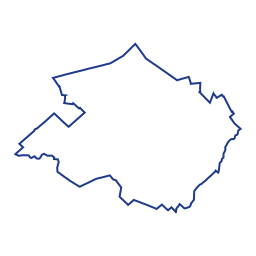 the district of Peciu Nou, Timis, Romania
{"feature_id": "2599482B53366804406039", "entity_name": "Peciu Nou", "entity_type": "district", "adm_level": 2, "iso_a3": "ROU", "parent_name": "Romania", "parent_adm1": "Timis", "projection": "equal_earth", "projection_center": [21.009, 45.622], "detail": "fine", "context": "isolated", "style": "outline", "palette": "blue", "viewbox_px": 256, "rotation_deg": 0, "n_neighbors": 0, "source": "geoboundaries", "source_scale": "gbopen_adm2", "svg_char_len": 4896}
<svg xmlns="http://www.w3.org/2000/svg" viewBox="0 0 256 256"><path d="M218.1,172.6L218.4,172.2L218.7,171.1L218.9,170.0L219.2,167.5L219.5,165.1L219.6,164.0L219.7,163.3L219.9,162.8L220.7,162.1L221.1,161.7L221.5,161.1L221.7,160.5L221.9,159.6L222.0,158.9L222.6,158.3L223.1,157.9L223.5,157.4L223.5,156.5L223.5,155.2L223.5,154.3L223.6,153.5L223.9,152.8L224.4,152.1L224.7,151.5L225.0,150.7L225.3,150.0L225.4,149.3L225.3,148.5L225.3,147.9L225.3,147.1L225.5,146.6L226.0,146.0L226.6,144.9L227.1,143.8L227.8,142.6L228.5,141.6L229.1,140.8L230.2,140.0L230.8,139.5L231.2,139.2L231.6,139.0L232.0,139.0L232.6,139.0L233.2,139.1L233.6,139.1L234.0,138.9L234.4,138.5L234.6,138.2L234.9,137.1L235.1,136.1L235.4,135.5L235.7,135.2L236.1,135.0L236.7,134.9L237.0,134.8L237.3,134.6L237.7,133.7L237.9,132.8L238.0,131.7L238.2,131.0L238.4,130.5L239.4,129.7L240.6,128.9L239.0,127.4L238.2,126.7L235.6,124.5L235.5,124.4L235.3,124.2L234.4,123.3L233.0,121.3L231.2,118.7L229.9,116.9L233.8,113.7L232.4,111.4L231.7,111.8L231.4,111.3L229.0,106.6L223.7,96.3L222.9,96.3L221.8,94.7L218.9,96.5L216.7,97.8L215.6,96.2L213.8,93.9L213.5,93.4L212.2,96.8L209.9,102.7L205.1,97.8L202.5,95.1L199.6,92.2L199.4,92.0L200.3,91.3L200.2,90.8L200.1,90.3L200.1,89.0L200.3,82.9L194.2,83.5L193.3,83.5L190.8,83.8L190.8,83.2L190.4,81.9L190.2,81.2L189.5,79.1L188.8,77.2L188.7,76.9L183.9,78.3L183.0,78.5L177.8,80.0L177.5,80.1L177.1,80.3L173.7,77.8L172.9,77.3L169.5,74.9L165.0,71.7L164.1,71.1L160.4,68.6L160.0,68.2L156.0,65.4L154.9,64.7L152.8,63.3L152.0,62.7L149.4,60.9L148.3,60.2L147.3,59.4L146.9,59.2L146.0,58.5L144.9,57.1L143.4,54.8L141.8,52.7L139.4,49.3L135.3,43.9L130.8,48.3L126.9,52.2L122.9,56.0L121.5,56.8L119.7,57.8L116.8,59.6L114.4,60.9L112.8,61.9L110.8,63.0L109.7,63.5L107.6,64.0L106.7,64.2L104.8,64.7L103.4,65.1L98.5,66.3L93.6,67.5L93.2,67.6L91.9,67.9L89.7,68.4L87.4,69.0L82.5,70.3L75.2,72.1L65.2,74.6L60.6,75.9L57.8,76.6L53.0,77.9L56.7,83.1L59.0,86.5L59.4,86.3L60.6,90.2L61.0,92.0L62.0,95.0L62.7,95.0L65.3,95.4L65.1,95.5L64.9,95.5L65.0,96.4L65.1,97.6L65.1,98.0L65.0,98.9L64.8,100.2L64.5,101.9L64.4,102.6L64.2,103.0L66.0,103.3L68.5,103.7L71.4,104.0L72.3,104.2L72.5,104.2L73.1,103.2L73.6,103.6L75.5,105.3L79.1,108.5L80.0,107.8L81.6,109.5L84.7,112.6L83.6,113.5L79.8,116.9L75.4,120.8L68.6,126.8L62.6,121.4L60.3,119.1L57.7,116.7L55.6,114.7L54.2,113.4L52.8,114.6L45.8,120.9L41.9,124.3L40.9,125.1L37.0,128.4L36.8,128.6L36.7,128.7L36.2,128.8L35.8,128.8L34.6,129.6L34.5,130.0L34.5,130.4L34.5,130.5L34.4,130.7L33.6,131.4L29.4,135.1L28.5,135.8L28.0,136.4L27.2,137.0L22.7,140.9L19.9,143.4L19.4,143.8L20.5,144.8L23.1,147.3L20.7,149.4L17.4,152.3L16.5,153.1L15.4,154.2L16.6,154.8L18.2,155.5L18.8,155.8L19.0,155.8L20.1,155.6L21.7,155.3L22.1,155.3L22.8,155.2L23.5,155.2L24.2,155.2L24.9,155.2L25.6,155.3L26.4,155.3L27.9,155.3L28.3,155.3L28.7,155.4L28.9,155.5L29.4,156.3L29.9,157.2L31.0,157.9L31.4,158.0L33.1,157.0L33.8,156.6L34.6,156.3L34.8,156.7L35.2,157.1L36.0,157.9L36.3,158.2L37.0,158.5L37.7,158.7L39.1,158.7L39.6,158.4L39.9,158.1L40.0,158.0L40.6,157.0L41.2,156.1L41.8,154.8L44.1,153.8L46.0,154.9L47.5,155.8L48.2,155.7L51.3,155.6L51.9,155.6L54.2,157.4L54.0,159.0L57.9,159.4L58.2,160.3L58.7,162.0L57.9,165.1L57.2,167.7L57.2,167.9L57.3,169.5L57.5,171.8L59.6,173.3L60.9,174.3L63.3,176.0L66.2,178.1L68.2,179.5L69.3,180.3L70.3,181.0L71.1,181.5L71.8,181.9L73.5,183.0L75.7,184.3L79.7,186.8L83.5,184.9L88.0,182.8L91.0,181.3L92.5,180.7L94.0,179.8L94.7,179.5L95.5,179.2L96.1,178.9L96.7,178.7L99.4,178.0L100.4,177.8L101.1,177.6L101.5,177.6L103.6,177.0L106.4,176.3L109.6,175.4L109.8,175.4L110.6,176.3L113.1,179.4L115.9,180.3L116.7,181.4L118.3,183.6L120.5,186.5L121.2,187.5L121.0,188.9L120.1,193.9L119.8,195.5L119.6,196.7L120.8,197.9L122.7,199.7L127.9,204.6L128.1,204.9L128.9,204.2L130.4,203.0L130.8,202.5L132.4,201.2L133.7,199.9L140.1,202.3L141.8,203.0L146.4,204.7L149.8,206.1L150.6,206.4L156.0,208.6L156.2,208.8L156.5,209.0L157.5,208.2L161.9,204.6L167.1,209.5L168.0,210.3L171.5,207.3L175.9,212.1L176.0,212.0L175.9,211.7L176.0,211.4L176.2,210.8L176.2,210.6L176.2,210.4L176.3,210.1L176.3,209.8L176.2,209.7L176.2,209.4L176.2,209.2L176.3,208.7L176.9,207.9L177.3,207.3L177.7,207.1L178.8,205.4L179.7,204.1L184.2,208.2L184.6,208.4L185.6,208.2L188.1,207.4L188.5,207.2L189.0,207.1L189.5,206.8L189.8,206.5L190.2,205.9L190.5,205.3L191.2,203.5L191.3,203.1L191.4,202.9L191.5,202.7L192.3,201.8L193.8,200.0L193.9,199.8L193.9,199.2L194.0,197.2L194.1,195.5L194.1,194.0L194.1,193.6L194.2,192.8L194.2,191.8L194.2,191.6L194.3,191.3L194.4,191.0L194.4,190.9L194.6,190.6L194.8,190.3L195.1,189.9L195.4,189.6L196.5,188.2L196.9,187.7L197.1,187.5L197.3,187.2L197.7,186.8L198.1,186.4L198.5,185.9L199.6,184.9L200.0,184.6L200.6,184.3L201.3,184.0L201.9,183.6L202.9,182.7L204.0,181.7L204.5,181.4L206.2,179.9L207.2,179.0L208.4,177.8L209.1,177.2L210.0,176.4L210.6,175.9L211.1,175.4L212.7,173.9L214.1,172.5L215.4,171.4L215.5,171.0L215.7,170.6L218.1,172.6Z" fill="none" stroke="#1e3a8a" stroke-width="2"/></svg>